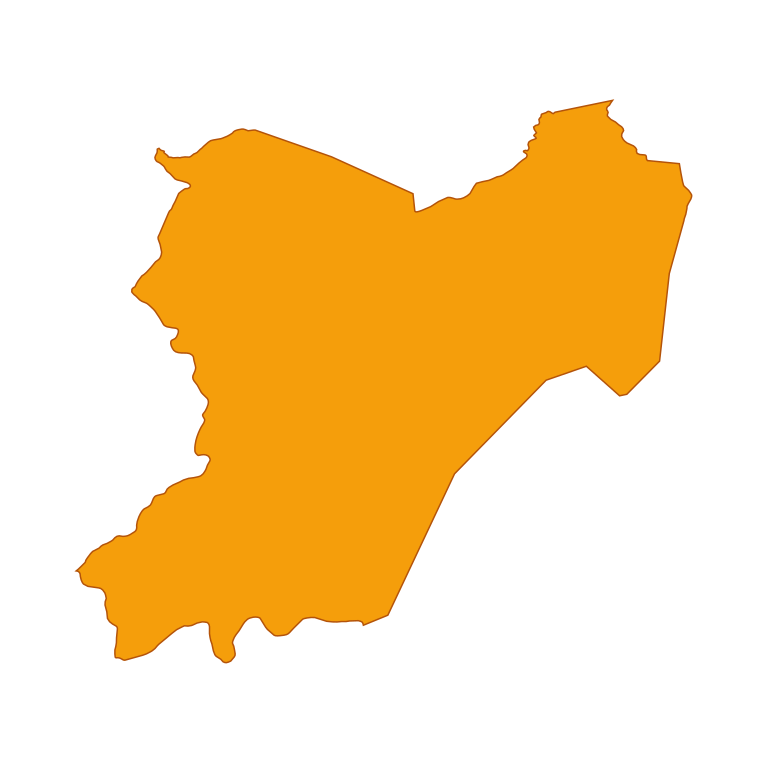 outline of San Jose de Colinas, Santa Bárbara, Honduras, rotated 86°
{"feature_id": "27666195B96609935857863", "entity_name": "San Jose de Colinas", "entity_type": "district", "adm_level": 2, "iso_a3": "HND", "parent_name": "Honduras", "parent_adm1": "Santa Bárbara", "projection": "natural_earth1", "projection_center": [-88.328, 15.073], "detail": "fine", "context": "isolated", "style": "filled", "palette": "amber", "viewbox_px": 768, "rotation_deg": 86, "n_neighbors": 0, "source": "geoboundaries", "source_scale": "gbopen_adm2", "svg_char_len": 6153}
<svg xmlns="http://www.w3.org/2000/svg" viewBox="0 0 768 768"><g transform="rotate(86 384 384)"><path d="M641.4,661.5L637.7,643.5L636.6,639.7L634.7,635.3L633.9,633.8L631.9,630.9L629.4,628.5L627.9,626.8L617.9,612.9L614.6,608.0L612.0,601.9L611.3,600.0L611.8,596.4L611.5,593.0L611.1,591.6L609.4,587.1L608.6,581.9L608.9,579.7L609.5,577.1L610.5,576.0L611.9,575.3L614.0,575.0L620.9,575.5L624.6,575.2L628.0,574.7L631.3,573.8L638.3,572.8L642.2,571.6L643.3,570.9L644.0,570.3L647.2,566.0L649.9,563.9L650.7,562.3L651.0,560.8L650.6,558.7L649.7,556.2L645.9,552.5L644.5,551.6L642.7,551.3L638.6,551.7L635.0,552.2L632.5,553.1L631.5,553.2L629.9,552.8L626.3,551.0L623.5,548.9L620.0,545.8L613.5,541.1L611.5,539.4L609.3,536.8L608.5,535.3L608.0,533.6L607.5,530.7L607.5,528.2L607.9,526.1L608.6,524.3L610.0,523.4L618.2,519.1L620.7,517.4L626.9,511.2L627.5,509.9L627.8,507.9L627.8,505.4L627.6,501.3L627.2,498.8L626.5,497.1L625.4,495.6L621.2,491.1L613.0,481.6L612.5,480.3L612.0,477.1L611.8,473.2L612.1,469.4L616.7,457.8L617.7,452.0L618.1,447.5L618.0,443.0L618.3,438.3L618.0,434.9L618.3,426.2L619.1,423.9L620.0,422.4L621.4,421.7L623.2,421.4L614.9,396.3L478.5,319.9L391.5,222.0L380.4,180.9L412.2,149.8L411.2,142.5L380.4,107.5L293.7,91.7L241.9,73.4L240.2,73.0L235.7,71.1L230.1,69.6L227.8,69.3L225.1,67.8L220.9,65.0L218.7,64.1L217.0,63.9L215.2,64.7L212.1,66.6L207.6,70.8L206.7,71.3L203.3,72.0L194.3,73.1L184.8,74.0L179.5,105.6L178.2,106.4L175.0,106.5L174.0,107.1L173.6,108.4L172.9,112.9L171.6,115.4L169.3,116.0L167.8,115.6L165.7,116.7L163.9,118.5L160.5,124.8L158.5,127.0L156.8,128.3L153.7,129.7L151.0,129.3L147.9,127.3L145.9,127.7L144.0,129.0L141.7,131.9L138.8,134.8L135.9,139.3L132.4,142.4L131.0,142.4L128.7,141.5L127.1,142.0L126.1,142.7L124.2,142.6L122.9,141.7L121.5,139.6L119.3,138.1L117.0,136.2L124.8,194.4L126.1,196.3L125.7,197.2L123.9,199.6L123.5,201.0L123.7,202.0L124.5,203.1L125.8,207.9L126.1,208.2L128.7,208.9L129.6,210.1L130.9,211.0L133.6,210.7L134.6,210.8L135.3,211.2L135.9,211.8L136.3,212.6L136.6,214.6L138.1,216.8L140.3,216.4L144.1,214.4L146.2,217.0L146.6,217.2L147.6,216.5L148.6,215.3L149.5,215.1L150.1,216.3L151.2,220.1L152.4,222.3L153.4,223.0L155.3,223.6L158.3,222.9L159.2,223.0L160.4,223.7L161.3,224.7L160.8,226.7L161.1,228.0L161.4,228.5L162.0,228.6L162.3,228.4L164.4,225.7L165.9,225.3L167.2,225.7L168.3,226.6L170.3,230.1L173.1,234.1L178.1,240.2L179.6,242.8L181.8,247.1L183.7,250.3L184.4,252.1L184.9,254.1L185.2,256.7L187.4,262.7L188.2,265.3L189.0,271.4L190.2,277.8L193.3,280.4L200.0,284.9L202.1,287.9L203.8,291.5L204.6,294.6L204.7,298.3L204.4,299.9L203.4,302.4L202.6,304.9L202.4,306.4L202.4,307.6L205.8,316.9L210.3,325.0L213.5,334.3L214.2,336.8L214.6,339.2L214.4,340.5L213.6,341.2L196.2,341.8L153.7,420.5L121.7,494.8L121.6,496.7L121.9,501.9L120.5,504.8L119.9,506.6L119.8,508.2L120.2,511.7L120.6,513.6L121.1,515.1L121.9,516.5L123.1,517.6L124.6,520.3L125.9,523.1L127.5,528.0L127.9,529.5L128.7,537.4L129.2,540.0L130.5,542.3L134.2,547.2L136.3,549.6L137.0,550.8L140.0,554.3L140.8,556.1L141.3,557.7L143.4,560.7L144.1,562.3L143.6,566.7L143.8,570.2L144.1,571.8L143.7,573.8L143.7,578.6L143.1,580.2L142.6,583.2L142.4,583.5L141.7,583.5L140.8,584.2L138.2,587.1L137.5,587.4L136.7,587.0L136.3,587.3L135.4,589.9L134.4,591.1L133.2,592.0L133.8,593.7L134.4,593.9L135.8,593.9L137.7,594.4L140.1,595.9L142.0,596.7L143.8,596.5L145.4,595.7L146.3,594.9L147.3,593.1L148.2,591.8L151.1,588.7L152.1,588.0L154.3,587.0L156.7,585.6L159.2,582.7L164.8,578.2L166.0,576.1L167.3,571.9L169.5,566.1L171.2,563.9L172.2,563.4L173.1,563.3L174.0,563.8L174.8,564.9L175.3,566.2L175.3,568.3L175.6,569.4L177.6,572.7L179.6,575.5L187.2,579.5L191.2,582.0L194.4,583.6L195.2,584.3L196.5,585.9L198.1,586.9L218.8,597.5L221.2,598.9L222.2,599.2L223.9,599.1L229.2,597.6L236.9,596.6L239.7,597.2L242.3,598.4L244.0,599.9L246.2,603.4L251.5,608.4L256.0,613.1L258.0,615.7L259.3,618.0L263.9,622.0L266.5,623.8L269.6,625.5L270.6,627.5L271.6,628.6L272.4,629.0L273.6,629.0L274.5,629.2L275.5,628.6L277.4,627.1L278.8,625.5L283.0,621.9L284.7,619.6L286.4,616.1L287.3,614.6L288.8,613.0L293.4,608.7L295.6,607.1L302.4,603.2L309.1,599.9L310.1,599.2L311.0,597.9L311.8,596.4L313.1,591.5L313.8,587.9L314.4,586.6L315.2,585.7L316.5,585.4L318.2,585.6L320.2,586.4L322.6,587.7L324.1,589.2L325.6,592.7L326.2,593.3L327.0,593.7L328.9,593.9L331.2,593.5L333.8,592.5L335.7,591.4L337.3,589.6L338.3,587.1L338.9,583.9L339.4,578.4L340.1,575.8L341.6,573.6L343.3,572.3L347.3,571.9L352.6,570.9L354.6,570.7L356.0,571.0L357.7,571.6L362.4,574.0L364.0,574.3L365.8,574.1L367.8,573.2L372.1,570.3L379.7,566.8L381.5,565.4L386.2,561.2L387.7,560.6L389.8,560.4L392.1,560.9L395.5,562.4L398.8,564.4L400.9,566.3L401.9,567.0L402.7,567.1L403.8,566.8L406.7,565.4L408.2,565.5L410.3,566.5L414.1,569.3L416.4,570.7L420.0,572.6L423.8,574.3L427.4,575.6L431.8,576.7L434.2,577.1L437.8,577.3L439.0,577.0L440.0,576.5L441.5,575.3L442.2,574.5L442.3,574.0L441.9,570.6L441.9,568.7L442.3,566.7L443.2,564.9L443.9,564.1L445.1,563.3L446.5,562.8L447.5,562.7L448.6,563.1L452.7,565.8L456.6,567.5L458.5,568.7L460.9,570.6L462.7,573.0L463.2,574.3L463.6,576.0L464.2,580.4L464.5,585.5L465.8,590.8L467.5,594.6L470.0,601.5L472.2,605.7L473.7,607.6L476.8,609.5L477.5,610.2L478.1,611.2L479.4,618.4L479.8,619.7L480.5,620.7L482.1,622.0L486.4,624.1L488.5,625.5L490.2,628.1L491.7,631.6L492.3,632.6L493.9,634.2L496.3,636.0L499.4,637.8L503.9,639.7L507.6,640.6L510.1,640.7L511.7,641.1L512.9,641.8L513.9,642.9L516.6,648.0L517.4,650.1L517.7,651.7L517.8,653.0L517.8,655.1L517.0,658.7L517.3,661.0L518.6,663.2L520.9,665.6L521.8,667.2L523.7,671.4L524.9,675.6L526.1,677.7L527.8,679.6L530.7,686.3L532.6,688.4L536.5,691.8L539.0,693.7L540.6,694.3L541.2,694.6L547.2,701.6L549.0,704.1L549.3,702.8L549.7,702.0L550.3,701.4L551.3,700.7L552.3,700.4L555.0,700.3L558.4,699.7L561.1,698.7L562.6,697.7L565.2,693.5L567.5,682.8L568.2,680.9L569.8,679.0L572.8,677.1L574.9,676.5L578.6,676.0L581.7,677.3L585.0,677.7L591.9,676.4L598.6,676.2L602.0,674.3L604.5,671.5L606.8,668.1L607.8,667.3L608.9,667.0L610.2,667.1L618.4,668.5L623.5,669.0L626.9,669.8L630.6,671.0L634.5,671.3L637.6,671.2L638.0,671.0L638.4,670.5L638.5,668.7L638.8,667.1L639.7,665.4L641.1,663.3L641.4,662.2L641.4,661.5Z" fill="#f59e0b" stroke="#b45309" stroke-width="1.5"/></g></svg>